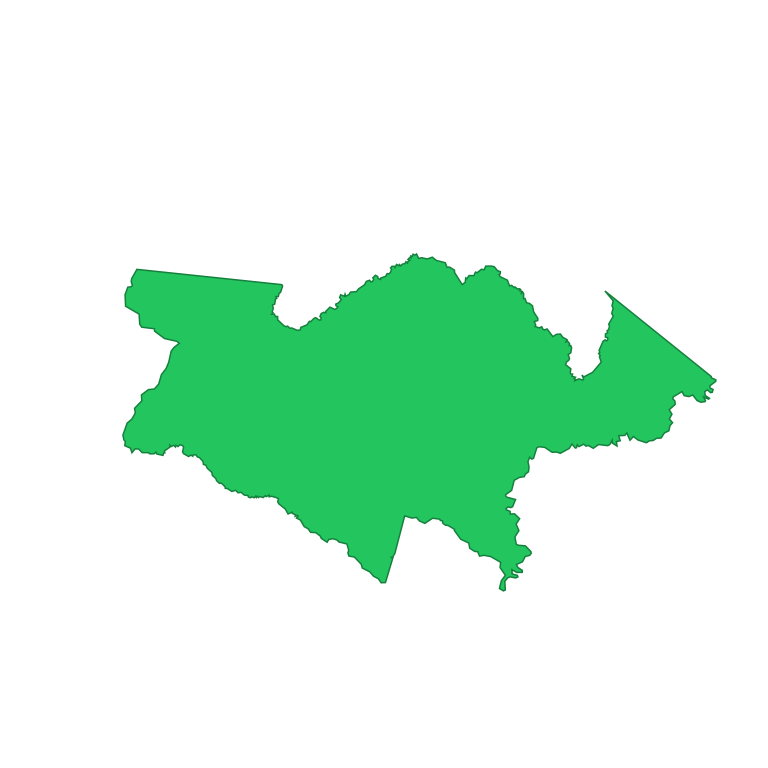 the district of San Martín, Cesar, Colombia, rotated 218°
{"feature_id": "7082276B46554882467898", "entity_name": "San Martín", "entity_type": "district", "adm_level": 2, "iso_a3": "COL", "parent_name": "Colombia", "parent_adm1": "Cesar", "projection": "orthographic", "projection_center": [-73.563, 7.931], "detail": "fine", "context": "isolated", "style": "filled", "palette": "green", "viewbox_px": 768, "rotation_deg": 218, "n_neighbors": 0, "source": "geoboundaries", "source_scale": "gbopen_adm2", "svg_char_len": 6171}
<svg xmlns="http://www.w3.org/2000/svg" viewBox="0 0 768 768"><g transform="rotate(218 384 384)"><path d="M167.1,293.9L162.5,294.5L161.6,296.4L167.3,302.9L167.2,307.4L165.8,309.7L160.9,312.2L159.7,314.4L161.0,315.3L166.1,313.3L168.9,316.5L163.4,317.2L159.1,320.7L160.3,322.3L165.5,321.8L168.5,323.3L165.4,329.1L166.5,335.1L163.7,338.6L163.7,341.1L165.1,342.4L172.9,343.5L179.3,339.4L181.3,339.3L186.7,344.1L187.4,351.5L193.6,354.9L194.2,361.4L201.2,362.1L204.5,359.2L206.2,361.3L210.4,360.1L211.2,361.2L210.4,363.7L208.0,364.6L207.1,366.4L209.2,374.0L217.3,370.5L218.4,370.5L219.3,370.9L220.0,371.7L217.9,378.7L222.1,388.3L219.7,393.9L216.4,397.3L217.1,400.0L216.1,403.8L218.6,407.9L222.8,411.5L224.1,416.0L221.4,415.7L220.4,417.4L224.3,427.8L223.4,429.8L218.5,433.0L209.5,433.7L206.0,436.7L202.4,437.9L198.4,447.2L198.9,452.4L193.8,451.3L193.1,452.3L194.3,455.0L191.8,454.7L189.6,459.5L186.5,459.4L185.3,461.3L179.5,462.2L177.6,468.4L169.7,473.2L168.8,475.4L169.6,480.2L167.5,478.0L162.2,478.6L165.4,481.7L162.9,484.7L167.2,487.8L162.6,491.7L162.5,494.9L155.5,491.1L155.1,496.2L149.4,496.2L141.0,499.3L139.9,502.6L137.1,505.2L135.8,509.1L132.4,512.0L132.9,518.2L130.7,522.5L133.0,527.3L132.8,531.2L137.6,532.1L138.5,537.5L143.4,539.3L142.0,547.2L144.3,549.7L147.4,550.1L148.1,552.0L144.5,561.5L140.3,559.6L136.0,561.8L133.9,565.4L127.0,563.7L123.1,564.7L120.2,567.7L120.4,568.8L124.2,570.6L118.9,571.9L118.7,573.1L123.8,572.7L126.6,575.5L125.5,578.5L121.4,578.2L120.2,579.6L121.3,582.3L124.5,581.6L126.1,583.1L124.2,590.3L125.0,591.6L129.9,590.4L130.8,591.4L267.1,593.3L254.6,590.6L252.5,586.0L250.1,584.8L247.9,579.7L245.1,578.6L243.8,569.6L241.7,568.0L240.5,565.1L241.0,563.3L239.3,562.0L240.3,559.9L238.5,557.3L236.2,558.1L235.0,556.6L235.1,555.0L237.0,554.9L237.7,552.5L235.2,542.9L233.4,541.8L233.7,540.2L231.1,539.5L231.0,538.1L226.3,535.0L226.8,521.6L230.9,512.6L233.5,512.9L229.9,511.0L229.8,509.5L233.6,508.1L235.7,504.1L236.2,505.5L237.5,505.4L237.3,507.2L240.6,505.8L241.5,507.9L242.7,506.9L244.1,507.4L246.1,511.0L252.8,511.0L253.7,513.6L253.0,516.7L253.7,518.5L257.0,520.6L256.0,523.5L258.5,528.1L260.6,529.3L261.7,528.3L262.7,530.1L265.8,530.8L266.6,529.4L266.9,531.6L272.0,530.9L275.8,532.0L278.7,529.3L280.1,525.3L289.4,527.8L290.7,525.5L292.6,525.0L295.0,526.2L296.2,523.8L300.4,522.3L300.6,523.7L304.0,525.8L301.9,528.6L303.1,530.4L310.5,533.0L315.1,537.0L318.9,537.1L321.6,535.8L325.6,538.2L326.6,537.2L329.6,541.2L331.6,541.9L331.6,540.2L332.9,541.8L334.6,541.1L334.5,542.5L335.8,542.5L337.2,541.1L340.5,541.1L340.6,540.2L344.2,540.3L345.5,538.6L350.7,541.8L358.5,540.1L360.7,541.0L360.2,542.2L361.5,544.2L364.3,543.2L369.3,544.3L372.1,543.0L376.4,539.5L375.4,535.7L377.9,534.4L379.1,529.1L380.8,528.5L379.9,524.7L383.7,521.9L383.6,517.9L384.9,517.9L382.6,514.1L383.6,510.5L397.0,515.3L398.6,517.1L404.2,516.5L406.3,514.8L410.3,517.3L418.9,513.6L424.0,513.7L426.9,509.2L432.2,506.6L434.0,504.3L438.4,506.5L439.1,504.6L441.0,504.2L440.3,502.2L441.7,501.4L440.4,500.0L441.5,499.8L441.8,496.9L439.8,497.3L440.6,494.9L439.9,493.8L442.0,493.8L441.6,491.9L443.4,489.6L443.5,487.4L445.4,487.6L445.0,486.4L447.7,486.0L447.1,482.6L448.1,483.2L450.2,481.7L450.3,479.5L448.7,479.1L447.6,475.8L448.0,473.8L449.5,472.9L449.0,469.9L451.8,465.5L451.0,464.3L453.8,463.5L455.1,464.8L457.7,464.4L458.2,460.8L456.5,460.1L456.2,457.7L457.4,456.4L459.2,456.9L461.1,454.0L460.4,450.2L462.6,443.3L462.6,439.8L467.0,435.8L466.6,433.0L468.2,429.5L470.0,430.8L469.2,428.8L473.1,427.6L472.2,424.8L469.6,424.2L469.8,419.9L471.2,417.3L470.0,416.1L467.9,416.4L467.8,414.2L468.9,412.4L473.9,411.3L474.6,405.4L473.7,404.3L475.6,403.4L476.9,400.8L476.0,397.7L474.4,397.5L473.2,395.6L474.7,394.4L478.5,394.3L479.6,392.7L480.1,388.2L481.4,387.5L481.1,383.2L484.4,377.5L483.3,374.9L485.4,372.9L491.1,371.4L492.5,370.0L495.6,370.3L496.5,368.8L498.7,368.3L507.3,369.1L509.4,371.7L511.2,370.3L513.3,371.6L515.4,369.9L515.3,371.8L516.4,371.8L517.8,375.4L520.5,377.7L519.3,379.6L521.8,384.2L521.2,385.4L523.0,386.3L521.1,387.8L522.4,390.6L522.0,392.8L524.2,398.7L525.7,399.4L649.3,322.2L647.7,311.7L646.2,309.0L642.9,306.7L643.0,305.1L645.5,302.6L643.0,294.9L635.5,286.2L620.0,288.3L613.3,280.7L609.9,279.6L598.9,286.2L597.3,284.4L584.9,284.7L573.5,290.1L570.4,290.0L572.0,283.4L571.9,278.8L567.0,268.5L565.2,262.0L565.2,254.4L561.5,245.2L561.9,238.7L566.2,234.5L568.4,226.0L564.5,221.6L565.6,211.3L562.1,208.0L561.1,201.1L562.3,195.0L558.3,183.0L554.5,179.8L552.4,179.4L550.3,175.8L544.4,177.3L540.3,174.7L540.2,179.5L537.5,181.7L532.3,181.0L527.2,185.0L526.0,184.6L523.8,186.1L522.0,187.8L521.8,189.8L519.8,189.0L514.2,191.7L515.2,194.1L514.3,194.8L515.8,196.2L513.8,202.6L515.1,203.9L513.2,203.8L511.9,206.2L509.5,206.0L510.2,207.7L507.8,207.9L507.4,210.4L504.8,211.5L503.0,210.8L501.0,206.5L499.0,205.7L493.3,206.6L492.4,209.1L490.2,209.3L490.8,210.4L488.7,212.4L486.0,211.6L484.1,212.4L478.9,211.5L476.7,209.4L474.4,210.4L471.2,208.7L465.3,208.4L463.0,206.3L458.4,206.0L456.4,204.7L452.5,204.4L451.1,205.8L445.8,205.1L444.8,204.0L443.1,205.2L437.8,205.6L435.4,208.9L432.1,208.4L429.8,210.7L425.8,210.4L422.5,212.4L421.2,211.4L419.1,212.2L418.8,213.6L416.2,214.5L416.1,216.5L414.7,215.9L414.8,217.6L413.1,217.1L412.5,218.9L409.3,220.1L408.8,222.9L407.5,222.7L406.0,225.7L405.0,224.4L403.5,226.3L398.8,228.2L396.5,228.6L395.3,225.8L393.2,224.8L384.7,224.7L379.6,222.5L377.4,226.4L376.6,225.6L373.1,226.4L372.6,225.1L371.4,227.1L370.3,226.9L370.5,224.5L366.1,225.3L359.1,222.5L354.5,223.2L350.5,221.9L346.2,224.9L340.3,224.9L338.4,223.7L331.4,224.3L331.8,227.5L329.0,230.6L324.8,232.2L322.3,231.7L314.8,235.1L309.5,231.3L308.4,228.6L305.7,226.8L300.9,229.4L291.1,228.0L287.8,225.6L279.5,227.2L273.8,226.1L268.6,227.1L263.9,225.6L260.6,228.4L270.4,253.5L270.2,252.1L272.2,251.5L270.5,252.7L271.1,257.1L286.5,292.8L279.5,295.5L276.3,298.8L271.7,297.9L266.0,299.3L263.1,308.1L256.9,311.8L255.6,311.1L253.8,312.2L251.9,310.5L248.6,310.6L246.3,312.0L238.9,312.9L238.4,311.9L227.9,308.9L219.3,310.9L215.3,307.3L209.5,307.9L206.9,309.5L202.7,307.2L199.8,310.5L193.7,313.7L182.3,315.3L179.5,310.8L170.6,308.0L170.4,301.2L167.1,293.9Z" fill="#22c55e" stroke="#15803d" stroke-width="1.5"/></g></svg>